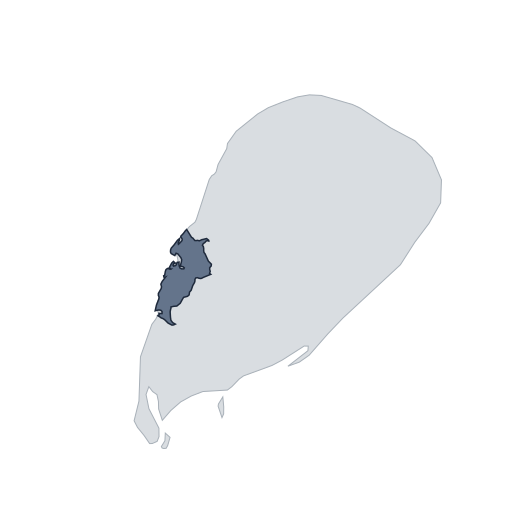 where Trikuṇāmalaya sits in Sri Lanka, rotated 232°
{"feature_id": "LKA-2454", "entity_name": "Trikuṇāmalaya", "entity_type": "District", "adm_level": 1, "iso_a3": "LKA", "parent_name": "Sri Lanka", "parent_adm1": "", "projection": "albers", "projection_center": [81.128, 8.569], "detail": "fine", "context": "in_parent", "style": "filled", "palette": "slate", "viewbox_px": 512, "rotation_deg": 232, "n_neighbors": 0, "source": "natural_earth", "source_scale": "10m", "svg_char_len": 3219}
<svg xmlns="http://www.w3.org/2000/svg" viewBox="0 0 512 512"><g transform="rotate(232 256 256)"><path d="M173.7,56.7L183.5,57.3L193.9,57.1L201.2,58.5L213.7,74.4L247.7,102.9L266.3,131.9L268.0,138.2L270.6,143.7L275.0,145.2L278.8,147.7L297.3,175.6L299.5,181.1L299.2,187.2L300.3,191.7L305.1,194.0L311.2,195.2L315.2,199.4L320.2,221.7L320.2,228.6L321.6,231.6L345.1,266.3L346.5,270.5L346.2,273.7L346.9,276.4L351.5,282.5L358.6,299.0L362.2,302.8L366.5,317.2L366.9,344.8L365.3,357.1L360.9,372.1L355.8,386.7L350.1,397.3L342.4,406.2L316.0,425.3L308.5,429.1L274.1,441.0L248.7,452.2L225.2,455.3L201.8,449.0L184.2,434.2L175.2,412.4L169.1,389.7L160.2,364.4L153.6,286.4L150.4,264.6L145.1,236.8L145.7,224.8L149.5,213.3L149.4,238.6L152.8,241.7L155.4,238.5L157.9,212.3L159.9,201.2L169.2,172.4L169.4,167.2L167.9,156.4L168.0,150.9L181.9,130.7L185.5,118.9L187.4,106.9L186.7,93.8L184.2,81.0L195.4,85.1L201.5,89.6L207.7,92.6L212.8,91.1L219.0,91.1L214.6,84.1L201.6,77.6L180.1,73.5L173.4,68.4L170.8,64.0L172.1,58.8L173.7,56.7ZM162.5,135.3L165.4,143.1L157.0,137.7L151.5,133.3L149.6,129.7L161.0,133.7L162.5,135.3ZM172.3,75.5L166.0,76.6L161.0,69.7L159.8,66.8L161.1,64.8L162.5,63.8L164.1,64.1L166.5,70.5L172.3,75.5Z" fill="#d9dde1" stroke="#a8b0b8" stroke-width="1"/><path d="M269.3,141.9L269.3,143.5L270.5,144.3L269.4,145.4L268.5,146.5L270.1,147.8L271.8,147.6L273.2,146.3L274.2,144.5L274.9,142.8L278.6,147.3L281.9,152.9L283.2,154.3L285.1,154.8L286.6,156.0L288.8,161.4L289.3,161.9L289.9,162.6L292.4,163.7L293.7,166.4L295.1,171.8L295.4,170.8L295.7,170.4L296.3,170.5L297.3,171.1L297.0,172.1L299.8,175.2L300.7,176.7L300.7,178.6L300.0,179.3L298.9,179.8L298.0,181.0L298.0,180.9L298.7,180.8L299.5,180.6L300.1,180.2L300.1,180.3L302.3,185.1L302.6,187.6L300.1,188.0L300.6,186.3L299.9,185.0L298.8,184.8L298.0,186.6L298.2,188.0L299.0,188.9L299.4,190.0L298.6,191.6L298.0,191.1L296.9,190.2L295.1,189.2L293.3,188.7L291.6,189.5L290.3,191.2L290.8,192.2L292.4,191.9L294.5,190.2L295.9,191.7L297.3,193.6L298.9,195.2L301.1,195.8L305.8,195.7L307.4,194.7L306.3,192.3L309.0,191.1L310.1,190.7L311.2,190.8L312.4,191.5L313.6,192.7L314.4,194.1L315.2,198.3L316.7,203.6L316.8,205.0L316.8,206.4L315.6,205.4L314.2,202.7L313.0,202.1L313.0,202.9L313.5,206.2L313.5,206.5L314.1,207.8L314.7,208.1L315.4,208.4L316.8,208.4L317.9,208.9L318.5,212.8L319.3,215.6L319.4,216.0L319.6,217.7L310.5,216.7L308.8,217.3L307.2,217.3L305.9,217.3L305.0,218.3L304.3,219.6L303.6,220.1L302.8,220.8L302.2,223.5L301.7,224.4L300.2,227.8L297.7,228.4L297.2,228.3L296.8,228.0L298.0,227.2L298.5,225.9L298.1,224.0L298.2,222.6L298.0,221.3L297.3,220.3L296.0,220.4L294.2,219.5L292.6,218.2L290.9,217.2L289.0,217.2L281.3,215.3L277.0,215.8L275.7,214.5L275.3,212.3L273.7,211.1L272.1,210.5L270.9,208.7L269.4,209.1L271.6,201.2L271.8,199.9L272.2,198.7L273.5,197.4L275.0,196.5L275.8,195.0L275.1,193.4L273.9,192.5L273.0,191.3L271.6,187.9L268.9,183.8L268.5,181.4L267.4,180.3L266.5,179.3L266.4,177.2L268.0,173.5L267.2,171.4L265.4,167.2L265.3,162.8L267.0,160.2L268.2,157.6L267.2,156.8L266.4,155.7L264.9,154.0L260.4,150.9L257.8,149.4L254.8,149.3L252.0,150.5L252.4,148.7L253.3,147.2L257.3,145.4L262.0,144.8L263.9,144.2L265.7,143.1L267.7,142.6L269.3,141.9L269.3,141.9Z" fill="#64748b" stroke="#1e293b" stroke-width="1.5"/></g></svg>